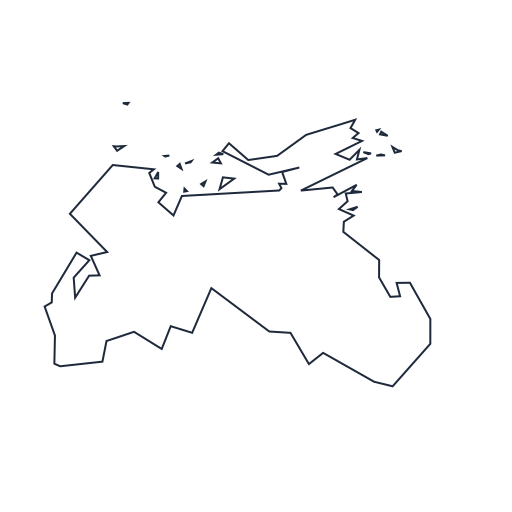 the district of Helgafellssveit, Vesturland, Iceland, rotated 15°
{"feature_id": "244011B42475995928988", "entity_name": "Helgafellssveit", "entity_type": "district", "adm_level": 2, "iso_a3": "ISL", "parent_name": "Iceland", "parent_adm1": "Vesturland", "projection": "orthographic", "projection_center": [-22.792, 64.982], "detail": "medium", "context": "isolated", "style": "outline", "palette": "slate", "viewbox_px": 512, "rotation_deg": 15, "n_neighbors": 0, "source": "geoboundaries", "source_scale": "gbopen_adm2", "svg_char_len": 1959}
<svg xmlns="http://www.w3.org/2000/svg" viewBox="0 0 512 512"><g transform="rotate(15 256 256)"><path d="M65.3,263.4L111.2,290.7L96.4,298.6L109.9,315.2L99.9,318.2L92.1,343.1L85.5,324.1L96.1,303.2L81.8,299.2L68.7,344.9L70.7,353.7L64.9,359.5L82.4,384.9L89.1,412.2L95.4,413.2L135.0,397.8L133.6,376.8L157.8,360.8L189.0,370.2L191.8,345.9L214.2,346.7L221.2,298.6L288.4,325.5L309.2,321.3L335.1,346.7L345.9,332.2L402.6,346.9L421.7,346.5L447.1,295.7L440.7,271.7L411.6,242.0L398.8,245.6L405.6,257.6L396.3,260.7L380.4,244.8L376.0,228.0L334.1,210.1L332.0,200.1L339.9,191.7L323.9,189.2L330.3,179.4L326.5,172.4L341.7,166.8L331.8,168.4L334.8,161.2L315.7,179.1L318.9,175.4L312.3,170.0L282.4,181.2L338.2,132.6L328.5,136.6L328.4,126.7L321.5,138.8L306.5,136.8L328.6,117.4L318.9,117.0L323.2,110.7L314.2,108.0L316.5,98.8L273.1,126.0L250.5,153.8L223.7,165.3L200.7,154.1L196.5,163.4L247.2,174.2L275.0,159.3L259.5,168.1L266.6,178.5L259.6,180.2L263.0,183.9L261.5,186.7L168.9,217.2L165.8,238.2L147.8,229.4L152.8,218.2L140.3,215.3L131.4,203.4L134.9,198.7L94.1,205.2L65.3,263.4ZM214.9,186.9L203.7,188.6L203.5,200.9L214.9,186.9ZM100.3,183.9L92.9,186.3L90.2,186.8L94.6,190.3L100.3,183.9ZM198.1,175.6L194.2,171.4L189.6,177.0L198.1,175.6ZM352.1,105.8L344.8,103.5L344.3,106.4L352.1,105.8ZM359.5,115.3L363.3,120.3L369.5,117.0L365.8,117.2L359.5,115.3ZM141.4,206.5L139.8,200.2L138.0,207.2L141.4,206.5ZM350.4,125.6L346.2,127.9L354.6,125.4L350.4,125.6ZM187.3,202.1L187.9,197.0L184.4,200.7L187.3,202.1ZM337.8,186.6L341.4,182.2L334.3,186.7L337.8,186.6ZM198.0,166.1L193.4,165.8L191.3,168.5L198.0,166.1ZM340.5,127.1L332.8,127.9L338.3,128.5L340.5,127.1ZM170.0,212.4L172.5,211.2L169.5,209.4L170.0,212.4ZM163.5,185.0L168.6,182.4L169.2,180.9L163.5,185.0ZM161.5,191.1L158.5,186.8L156.7,189.5L161.5,191.1ZM340.8,104.7L341.9,102.2L339.7,103.4L340.8,104.7ZM142.6,183.4L146.3,181.4L141.7,183.1L142.6,183.4ZM92.5,143.0L93.2,141.1L87.8,142.8L92.5,143.0Z" fill="none" stroke="#1e293b" stroke-width="2"/></g></svg>